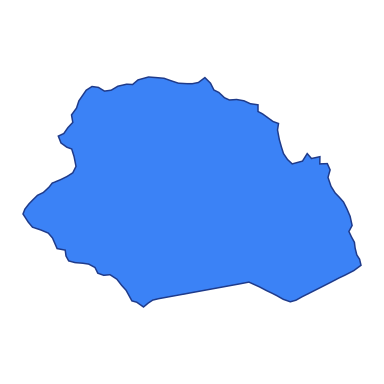 Tremembé, São Paulo, Brazil
{"feature_id": "56859067B32139697780828", "entity_name": "Tremembé", "entity_type": "district", "adm_level": 2, "iso_a3": "BRA", "parent_name": "Brazil", "parent_adm1": "São Paulo", "projection": "albers", "projection_center": [-45.606, -22.938], "detail": "fine", "context": "isolated", "style": "filled", "palette": "blue", "viewbox_px": 384, "rotation_deg": 0, "n_neighbors": 0, "source": "geoboundaries", "source_scale": "gbopen_adm2", "svg_char_len": 1580}
<svg xmlns="http://www.w3.org/2000/svg" viewBox="0 0 384 384"><path d="M23.0,214.0L28.3,222.2L32.5,227.2L40.9,230.0L48.3,233.1L52.5,238.0L57.1,248.6L65.2,250.1L66.0,256.0L68.7,260.9L75.0,262.6L82.6,263.2L88.7,264.1L95.0,267.5L97.8,273.2L103.7,275.3L110.0,274.7L116.9,279.2L121.6,285.3L126.1,290.3L129.5,296.5L131.9,300.9L136.7,302.2L143.5,307.0L148.3,303.0L152.7,300.1L158.5,298.7L239.5,283.9L248.9,282.1L259.5,286.9L266.3,290.5L271.6,293.0L277.1,295.8L283.2,299.3L290.3,301.8L296.0,300.2L302.2,296.7L309.0,293.3L318.5,288.5L330.7,282.3L339.1,277.9L344.9,275.2L353.8,270.6L361.0,265.3L359.6,259.3L356.8,254.9L355.1,248.0L354.4,242.3L351.4,236.8L348.9,231.5L352.1,225.5L350.1,216.3L346.8,208.6L343.5,202.0L338.9,196.8L335.1,192.9L331.0,186.3L328.0,177.4L330.1,169.9L327.3,163.6L319.8,163.9L319.9,156.7L311.5,158.5L307.2,153.6L302.5,161.1L292.2,163.9L287.5,159.5L283.5,153.6L281.4,147.0L279.3,139.5L277.5,130.0L278.5,123.5L273.0,121.5L268.2,118.0L262.7,114.0L258.0,111.5L258.0,104.8L250.3,103.7L244.0,100.8L236.6,99.5L229.4,100.0L224.4,97.7L218.9,92.5L213.9,90.0L210.5,83.2L204.9,77.6L198.4,82.5L192.3,83.7L187.3,83.7L178.4,83.2L170.3,80.5L164.1,78.3L156.4,77.6L148.5,77.0L138.0,79.9L132.6,84.5L126.6,84.2L117.9,86.2L111.2,90.2L104.5,91.1L98.4,87.4L92.0,86.5L86.2,90.2L78.9,100.8L76.5,108.1L71.5,114.9L72.8,122.4L68.0,127.5L63.8,133.5L58.3,136.1L61.0,143.0L66.8,147.2L71.7,149.0L74.1,156.7L76.0,166.4L72.8,172.8L67.0,176.5L60.7,179.6L52.2,183.1L49.1,187.1L43.3,192.5L37.5,195.3L33.0,199.7L29.1,203.7L24.9,209.1L23.0,214.0Z" fill="#3b82f6" stroke="#1e3a8a" stroke-width="1.5"/></svg>